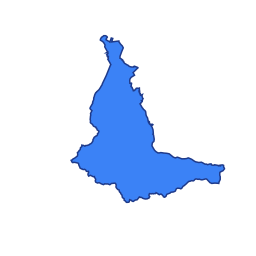 outline of Dumbravita, Brasov, Romania, rotated 241°
{"feature_id": "2599482B55040736650131", "entity_name": "Dumbravita", "entity_type": "district", "adm_level": 2, "iso_a3": "ROU", "parent_name": "Romania", "parent_adm1": "Brasov", "projection": "albers", "projection_center": [25.392, 45.783], "detail": "fine", "context": "isolated", "style": "filled", "palette": "blue", "viewbox_px": 256, "rotation_deg": 241, "n_neighbors": 0, "source": "geoboundaries", "source_scale": "gbopen_adm2", "svg_char_len": 5714}
<svg xmlns="http://www.w3.org/2000/svg" viewBox="0 0 256 256"><g transform="rotate(241 128 128)"><path d="M49.0,193.5L49.8,192.9L50.5,191.4L51.0,189.9L50.9,189.9L50.5,190.2L50.3,190.2L50.9,189.3L51.1,188.7L51.8,188.4L53.3,186.6L53.5,186.0L53.8,186.0L54.1,184.4L55.3,183.1L56.1,183.4L56.8,182.4L57.3,179.9L58.5,179.0L58.7,178.4L59.0,178.0L59.7,177.4L60.8,176.8L62.5,175.6L63.5,173.2L65.7,170.7L66.8,170.0L69.8,168.5L72.5,166.4L72.8,165.6L72.8,164.7L73.5,162.9L74.9,160.2L78.3,157.3L78.6,156.9L78.9,154.9L80.4,153.6L85.5,151.5L87.1,149.6L88.8,147.1L90.6,144.8L90.9,143.6L91.7,142.1L93.8,141.0L95.1,140.6L95.8,140.4L100.4,140.3L100.9,140.4L102.3,141.4L103.2,142.2L103.5,142.6L103.5,143.5L103.8,144.2L105.5,145.5L109.4,146.9L110.0,147.0L110.6,146.8L110.9,147.5L114.3,149.0L117.3,149.5L118.6,149.3L118.8,149.6L118.6,150.8L118.8,151.4L119.4,151.2L119.5,150.8L120.1,150.0L119.8,149.8L119.7,149.4L120.5,149.4L120.9,149.1L121.6,149.0L123.1,149.7L123.6,149.5L122.3,148.7L123.3,148.7L127.4,150.0L129.4,149.9L130.9,150.2L133.6,151.3L134.2,151.4L135.6,151.1L136.9,150.5L137.8,150.6L138.6,150.3L143.3,150.2L143.3,151.1L143.9,151.6L144.2,153.2L144.3,153.3L145.1,153.2L144.8,153.6L145.8,154.5L146.3,155.3L146.6,155.0L147.1,155.3L149.1,155.7L149.8,156.2L150.3,156.8L150.4,155.8L150.2,155.2L150.3,155.0L151.2,154.8L152.3,155.6L153.1,155.1L153.4,155.1L154.4,156.0L154.6,155.5L154.5,155.4L155.0,155.5L156.0,156.6L157.4,157.3L157.5,156.6L158.3,155.5L158.7,154.6L158.7,154.4L158.3,153.9L158.3,153.2L157.8,152.3L157.9,152.2L157.7,151.4L158.0,150.7L159.4,151.1L160.4,151.0L161.0,151.2L161.8,151.2L162.4,150.8L163.0,150.8L163.3,151.3L163.7,151.4L164.9,152.5L165.4,152.8L165.6,152.7L165.6,152.3L165.8,152.2L165.8,151.7L166.2,151.3L169.0,152.7L169.9,153.5L170.8,155.3L171.0,159.3L174.0,159.3L175.5,164.6L175.6,165.2L175.8,165.9L176.3,165.8L178.7,163.8L178.4,163.5L179.0,162.8L178.7,162.4L179.5,160.9L180.2,160.0L181.3,159.0L182.8,158.5L184.3,157.4L184.9,157.2L186.1,156.4L188.2,156.1L188.4,156.5L190.2,155.8L190.3,156.2L191.3,155.8L192.6,155.1L192.9,154.8L194.5,155.7L194.9,156.1L198.1,159.8L200.4,162.7L202.5,162.8L205.2,162.1L206.6,162.0L207.4,161.8L208.5,162.2L211.2,155.5L213.7,158.1L214.8,157.0L212.0,153.8L212.8,153.5L213.6,152.9L215.8,151.6L216.5,152.2L217.1,152.9L217.1,153.4L217.4,153.9L217.8,154.0L218.8,153.7L219.7,153.0L220.5,151.6L220.2,150.0L220.2,148.8L219.0,146.9L218.2,146.4L216.0,147.7L214.6,148.1L212.1,148.2L211.6,148.1L210.6,147.2L210.1,147.0L204.8,147.0L204.4,147.2L204.3,145.6L204.1,146.0L203.8,146.1L203.6,146.7L203.1,146.8L202.5,146.0L202.4,144.9L201.5,145.0L200.9,144.6L200.4,144.6L200.5,145.3L200.2,145.6L199.5,145.2L199.1,144.8L198.1,144.4L198.0,143.7L193.9,143.8L191.7,143.7L191.3,142.9L184.4,134.4L179.2,127.1L178.3,126.2L177.6,124.8L177.0,123.9L175.6,121.3L175.0,118.9L174.9,118.1L174.5,117.7L174.4,117.4L174.5,117.0L174.2,116.4L172.9,114.7L171.9,113.8L171.1,112.8L170.6,112.4L169.5,111.8L167.7,109.5L166.9,109.3L164.3,105.0L163.7,104.4L163.4,104.2L162.3,104.3L160.7,104.9L158.8,102.2L157.3,101.7L156.8,101.1L154.0,99.2L153.5,98.9L152.7,98.8L151.0,97.7L150.1,97.9L148.9,98.5L147.7,98.7L146.5,98.7L145.6,99.2L144.4,100.3L143.8,100.0L143.0,100.4L142.6,100.4L141.3,100.1L139.5,101.0L139.0,100.8L138.0,99.5L137.7,98.4L137.0,98.2L136.7,97.8L136.3,96.9L136.5,96.4L136.5,95.6L136.4,95.4L136.3,94.3L136.2,93.7L135.4,92.9L135.0,91.9L134.2,91.4L133.4,90.7L133.1,90.0L132.7,89.4L132.3,88.1L132.4,86.6L132.2,86.1L132.3,84.9L132.5,84.4L132.5,83.9L133.2,82.5L133.0,81.5L133.2,81.3L134.2,80.8L135.4,79.3L134.1,78.6L133.9,77.0L132.3,75.7L132.1,75.1L132.0,74.3L131.2,73.2L131.1,71.9L129.2,71.2L128.0,70.1L127.5,66.6L127.6,64.9L127.2,63.8L127.3,62.6L125.3,62.5L124.4,63.0L124.3,64.0L123.3,65.3L121.9,66.9L121.1,67.5L120.8,67.5L119.8,67.1L115.9,66.7L115.2,67.3L114.5,67.7L114.1,68.3L113.5,68.5L112.9,69.6L112.9,70.0L112.1,70.5L111.2,70.7L110.3,70.6L110.1,71.0L109.3,71.8L109.2,72.4L108.0,71.9L107.4,70.9L106.5,70.3L105.0,70.3L104.8,72.3L102.8,73.6L102.0,74.3L101.8,75.0L101.5,74.8L100.2,74.8L99.6,75.0L98.9,74.8L98.4,74.6L98.0,74.0L96.8,73.5L96.3,73.5L94.7,74.6L94.1,76.4L92.8,77.1L91.2,78.3L90.3,79.2L90.5,80.6L89.7,81.6L89.1,82.9L88.6,83.5L87.2,84.6L87.5,86.6L86.1,89.9L85.0,90.2L83.8,90.0L82.3,88.9L81.4,88.8L79.7,89.1L78.7,89.5L78.4,90.0L78.0,90.2L76.9,89.7L76.1,89.6L75.7,89.9L74.8,90.1L74.5,89.9L73.5,89.9L72.3,90.2L69.9,89.4L69.0,89.8L68.3,90.3L67.9,90.3L67.1,89.8L66.5,89.6L65.9,90.1L64.9,90.4L63.9,90.5L63.5,90.9L62.8,92.5L62.8,93.2L63.5,94.0L64.0,94.2L64.5,94.7L63.0,95.9L62.3,96.0L61.3,96.8L61.2,97.2L61.4,98.4L61.4,99.7L60.8,101.0L60.9,101.5L62.2,104.5L61.4,104.9L61.4,105.3L61.0,105.8L60.6,106.3L59.6,106.7L58.4,107.7L57.4,108.9L56.7,110.6L56.7,111.7L56.5,112.3L57.0,112.8L57.3,113.7L58.8,113.6L59.2,113.8L59.9,114.6L59.9,114.8L60.2,115.0L60.1,115.3L59.1,116.3L59.0,117.3L58.8,117.6L58.3,117.9L58.2,118.2L58.0,118.5L58.1,118.9L57.9,119.1L57.3,120.3L57.4,120.7L57.8,121.2L55.9,122.4L55.6,122.3L54.8,122.8L54.4,123.2L54.5,124.3L53.8,125.2L50.9,125.9L50.7,125.7L50.0,126.1L49.7,126.5L49.7,127.1L49.9,128.2L50.8,129.2L51.2,130.0L50.7,132.9L50.7,133.4L51.0,134.5L50.1,136.5L49.9,137.9L49.9,138.9L51.2,140.4L51.4,141.2L51.4,142.0L51.1,142.6L50.1,144.0L49.2,144.7L49.2,145.7L49.4,146.1L50.3,147.8L50.4,149.2L50.3,149.6L50.6,150.1L50.9,151.9L51.5,153.8L51.8,155.6L51.4,156.1L51.1,158.2L50.3,159.1L50.1,159.5L50.1,160.2L50.3,160.8L50.6,161.4L50.5,162.8L49.1,164.4L48.8,165.5L48.0,166.1L46.9,167.4L46.6,168.1L45.8,171.3L45.5,171.7L45.0,172.1L40.5,173.2L38.9,174.4L37.7,177.3L36.0,179.9L35.5,180.5L36.9,181.7L37.5,182.7L38.3,183.7L40.8,185.1L42.1,185.3L44.4,186.6L44.6,186.9L44.7,187.0L44.7,188.0L44.6,190.5L45.3,192.0L45.5,192.6L46.1,192.8L47.4,192.7L49.0,193.5Z" fill="#3b82f6" stroke="#1e3a8a" stroke-width="1.5"/></g></svg>